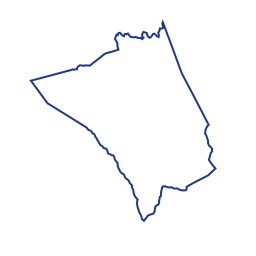 Lagoa Real, Bahia, Brazil, rotated 162°
{"feature_id": "56859067B61911613465108", "entity_name": "Lagoa Real", "entity_type": "district", "adm_level": 2, "iso_a3": "BRA", "parent_name": "Brazil", "parent_adm1": "Bahia", "projection": "equal_earth", "projection_center": [-42.217, -14.03], "detail": "fine", "context": "isolated", "style": "outline", "palette": "blue", "viewbox_px": 256, "rotation_deg": 162, "n_neighbors": 0, "source": "geoboundaries", "source_scale": "gbopen_adm2", "svg_char_len": 2441}
<svg xmlns="http://www.w3.org/2000/svg" viewBox="0 0 256 256"><g transform="rotate(162 128 128)"><path d="M168.4,142.6L167.4,141.6L166.9,140.0L166.2,138.5L164.8,137.4L163.6,135.7L163.4,134.0L162.1,132.7L161.7,130.9L161.7,129.3L160.9,127.7L160.9,126.1L160.2,123.8L159.8,121.2L159.1,119.8L158.1,118.9L157.6,116.9L156.5,115.8L155.1,115.2L154.6,112.3L154.9,110.0L153.5,108.9L151.8,107.2L150.4,106.4L150.0,104.6L150.3,102.3L149.6,100.0L148.7,97.9L149.6,95.1L149.5,92.9L149.1,90.9L148.8,88.5L147.9,87.0L146.3,85.2L146.1,82.2L145.6,80.7L144.7,79.7L143.5,77.5L143.4,75.2L142.6,73.5L141.9,71.9L142.7,70.0L142.2,68.2L142.3,66.4L142.7,64.8L142.8,62.5L142.1,59.7L140.9,57.0L142.2,55.0L143.0,52.4L143.2,50.6L143.3,48.9L143.3,46.2L143.3,44.0L142.8,41.5L142.6,39.3L142.9,37.1L141.5,34.8L140.0,35.9L138.1,37.0L136.4,38.4L135.3,38.7L133.6,38.8L131.7,38.7L130.2,38.8L129.1,39.7L128.2,41.0L127.5,42.6L126.6,44.3L125.1,45.5L122.8,45.8L121.6,47.2L121.1,48.7L120.2,50.4L119.2,52.4L117.8,53.1L116.9,55.5L116.1,57.3L115.1,58.8L114.0,60.7L112.9,61.7L111.3,61.3L110.1,60.7L108.8,59.5L106.9,58.6L105.2,58.4L103.6,56.7L102.4,56.0L101.2,55.7L99.8,55.3L98.4,53.6L96.5,52.3L94.3,51.4L92.3,50.9L90.9,52.2L90.4,53.9L84.7,55.2L66.4,58.2L57.3,62.5L58.1,64.2L58.8,66.1L59.4,67.5L59.8,69.0L60.6,71.3L60.8,73.0L59.5,74.7L57.9,77.3L56.9,78.7L55.5,79.7L54.4,82.2L55.2,84.4L56.4,86.3L56.5,89.2L55.8,91.1L55.8,94.1L55.9,96.8L56.5,99.1L55.7,100.3L55.0,102.0L53.6,103.7L52.1,105.2L50.3,106.0L54.6,132.1L60.0,163.7L61.2,195.9L62.2,217.9L63.2,216.6L63.2,214.3L63.6,212.4L65.4,212.2L66.9,212.8L68.2,210.6L69.8,209.3L69.9,207.0L70.7,205.1L72.2,206.4L72.8,208.1L73.9,209.7L75.3,209.6L76.3,208.7L77.8,207.6L79.4,207.1L80.4,208.3L81.0,210.1L80.8,212.6L82.0,213.4L83.6,214.6L85.5,212.8L86.2,210.7L85.4,209.0L87.0,208.2L88.0,209.6L89.5,210.1L91.3,211.0L92.3,212.2L94.1,212.3L95.8,213.1L97.4,213.8L98.2,215.7L98.8,217.8L100.4,217.7L102.0,218.4L103.4,216.5L104.5,217.5L105.3,218.9L106.2,221.1L107.8,221.2L109.1,219.5L110.1,220.3L111.3,218.8L112.9,216.6L112.3,214.7L112.1,212.9L112.1,211.1L112.8,209.0L112.9,205.5L114.5,205.5L116.5,205.5L119.2,205.5L120.9,205.5L122.4,205.7L123.7,205.8L125.2,205.9L127.5,205.6L145.1,199.1L146.3,199.7L147.5,200.0L149.1,200.8L150.6,200.7L152.3,201.6L154.2,202.5L156.2,202.0L157.6,201.1L158.4,199.6L159.9,200.1L161.2,200.0L162.6,200.9L164.2,200.7L165.7,200.8L167.4,200.9L205.7,203.0L196.9,176.4L168.4,142.6Z" fill="none" stroke="#1e3a8a" stroke-width="2"/></g></svg>